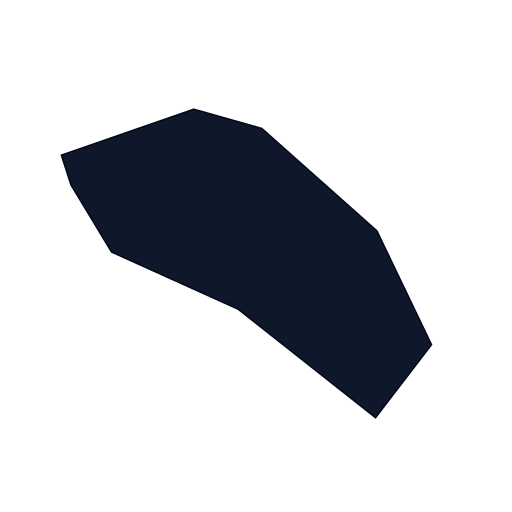 Dominica, Mercator projection, rotated 321°
{"feature_id": "DMA", "entity_name": "Dominica", "entity_type": "country or territory", "adm_level": 0, "iso_a3": "DMA", "parent_name": "North America", "parent_adm1": "", "projection": "mercator", "projection_center": [-61.361, 15.43], "detail": "fine", "context": "isolated", "style": "filled", "palette": "ink", "viewbox_px": 512, "rotation_deg": 321, "n_neighbors": 0, "source": "natural_earth", "source_scale": "50m", "svg_char_len": 289}
<svg xmlns="http://www.w3.org/2000/svg" viewBox="0 0 512 512"><g transform="rotate(321 256 256)"><path d="M336.6,435.4L247.1,456.9L208.6,286.1L146.2,162.0L156.9,84.4L168.2,55.1L300.0,102.7L340.8,160.5L365.8,312.6L336.6,435.4Z" fill="#0f172a" stroke="#020617" stroke-width="1.5"/></g></svg>